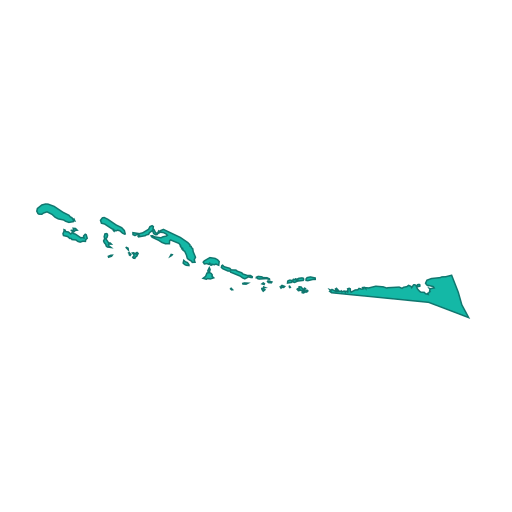 Auki-Langalanga, Solomon Islands (Equal Earth projection), rotated 113°
{"feature_id": "97153195B20176739288406", "entity_name": "Auki-Langalanga", "entity_type": "district", "adm_level": 2, "iso_a3": "SLB", "parent_name": "Solomon Islands", "parent_adm1": "", "projection": "equal_earth", "projection_center": [160.735, -8.86], "detail": "fine", "context": "isolated", "style": "filled", "palette": "teal", "viewbox_px": 512, "rotation_deg": 113, "n_neighbors": 0, "source": "geoboundaries", "source_scale": "gbopen_adm2", "svg_char_len": 6167}
<svg xmlns="http://www.w3.org/2000/svg" viewBox="0 0 512 512"><g transform="rotate(113 256 256)"><path d="M197.3,68.4L201.0,73.3L202.6,76.7L204.0,78.1L208.2,85.7L211.5,89.2L214.8,89.3L215.9,87.6L216.1,85.8L215.6,85.6L214.9,80.8L215.8,79.5L218.1,82.9L218.1,83.8L218.8,82.7L220.8,82.4L220.9,81.9L223.2,83.0L223.0,83.8L224.1,82.6L224.5,85.3L223.7,86.9L224.9,90.0L224.6,91.5L223.3,94.4L220.6,97.3L220.4,98.6L221.0,99.7L224.3,100.3L223.4,101.5L223.4,104.1L225.2,105.1L227.2,108.0L228.7,108.9L228.7,112.1L233.7,122.3L234.4,122.9L234.7,126.9L237.0,133.9L241.4,139.8L242.4,142.9L243.1,142.4L242.5,144.0L243.4,145.5L244.2,144.3L245.2,145.7L245.6,148.5L247.4,149.1L248.5,151.4L252.1,154.3L251.5,155.3L249.4,156.4L249.3,157.6L250.4,158.8L251.1,158.1L252.6,158.2L253.4,156.8L253.2,159.3L253.7,160.2L254.3,159.9L253.8,161.2L255.3,162.7L254.9,163.5L255.4,163.5L255.3,164.2L257.4,168.7L257.1,173.0L258.2,173.6L258.2,175.1L259.3,173.4L259.8,174.0L260.3,172.1L231.2,79.0L229.6,36.2L220.5,47.5L210.4,55.6L197.3,68.4ZM286.8,312.2L285.6,309.7L283.5,311.4L280.8,311.2L276.6,315.5L274.0,317.1L273.5,318.6L272.5,319.5L272.6,320.8L271.5,321.2L270.3,324.0L268.5,332.8L267.7,351.6L270.1,354.0L270.8,353.8L271.2,352.4L270.6,350.2L270.8,347.5L271.6,345.7L272.8,346.4L274.6,349.1L276.4,350.6L277.9,356.5L277.8,359.4L278.5,360.4L279.3,359.0L279.6,351.7L280.3,347.8L280.1,344.1L278.5,340.5L275.6,341.5L274.6,340.9L274.5,331.9L275.7,329.6L276.3,329.7L277.6,327.8L277.6,326.9L278.4,327.0L278.3,325.9L279.2,325.5L279.6,323.4L282.3,320.4L284.9,318.4L285.5,317.0L286.0,313.4L286.8,312.2ZM302.3,472.1L301.2,469.4L299.6,468.5L297.0,465.6L297.4,459.9L298.8,456.1L299.1,452.5L298.0,447.2L298.4,444.9L298.2,441.4L295.7,437.5L295.0,437.3L292.6,440.5L292.6,442.2L291.6,444.1L291.2,450.7L289.2,461.2L289.5,467.7L290.4,470.1L292.7,473.1L297.7,475.8L300.4,475.3L302.1,473.3L302.3,472.1ZM288.7,396.2L287.6,396.0L287.6,394.8L286.3,393.4L286.0,391.1L287.1,387.9L287.2,385.4L286.8,385.0L284.0,387.1L282.4,390.7L282.1,396.8L280.1,406.8L279.9,410.8L280.9,412.3L283.9,413.1L286.2,411.1L285.7,407.9L287.3,399.1L287.2,397.6L288.1,397.5L288.7,396.2ZM312.8,431.8L311.6,428.2L312.2,425.5L311.9,423.2L310.1,421.2L309.2,418.7L307.5,419.1L305.6,418.3L302.8,420.6L302.7,421.7L304.9,422.5L306.6,421.4L306.9,423.2L307.7,424.3L306.4,430.9L306.7,432.7L306.4,434.4L308.1,435.1L307.2,438.1L307.9,440.8L306.8,441.7L306.8,443.0L308.0,442.4L310.9,442.4L312.4,441.2L311.7,437.0L312.6,434.3L312.1,432.9L312.8,431.8ZM281.4,259.7L281.4,257.4L278.1,254.7L277.8,252.1L277.3,251.1L276.5,251.3L276.1,253.5L277.3,256.2L277.7,261.3L277.0,262.5L277.3,267.2L276.8,269.0L278.5,273.4L277.6,275.2L278.3,281.2L277.5,283.2L278.3,283.7L280.1,283.4L280.7,281.6L280.8,275.9L280.0,274.0L280.8,273.1L280.7,262.7L281.4,259.7ZM284.4,377.6L284.5,375.4L283.0,374.2L282.4,372.1L282.9,371.2L284.0,372.1L284.3,371.6L280.5,365.8L279.4,365.2L278.1,363.3L276.1,363.2L273.0,361.2L275.3,359.0L275.7,356.8L275.0,355.5L273.5,355.0L271.4,353.2L270.9,355.4L273.5,355.5L273.9,356.7L273.5,357.9L271.5,360.3L271.3,361.4L269.0,362.0L268.7,363.5L270.4,365.1L273.4,365.3L278.9,369.3L281.0,372.1L282.6,378.4L284.4,377.6ZM283.5,300.4L282.2,298.4L282.1,296.2L280.7,295.9L280.8,295.4L281.7,295.2L282.1,294.3L281.7,293.2L280.8,293.4L280.3,290.9L279.1,289.8L279.1,286.7L275.5,287.7L274.5,289.9L274.2,292.7L275.5,297.8L280.7,301.7L282.3,302.2L283.5,300.4ZM297.2,296.0L296.8,292.6L295.8,292.0L294.9,289.0L292.6,286.4L291.8,288.6L290.6,288.8L289.6,290.3L289.4,292.4L286.3,293.0L285.0,294.4L288.3,294.6L290.1,293.4L290.9,294.5L294.4,294.4L297.2,296.0ZM305.8,396.3L304.8,392.8L304.1,395.5L303.3,396.3L302.5,396.1L301.6,393.8L301.0,395.2L301.5,396.8L298.7,401.1L297.3,400.4L295.2,400.6L293.9,401.4L293.8,402.5L294.7,403.7L297.6,403.3L299.1,402.1L301.7,402.2L303.0,400.9L304.0,398.9L305.4,397.7L305.8,396.3ZM258.9,200.4L258.5,198.7L255.5,194.7L254.4,192.3L253.1,192.9L254.0,197.7L255.9,200.5L257.6,201.0L258.9,200.4ZM276.2,245.6L276.0,244.1L272.7,237.5L272.3,234.4L271.8,234.7L271.7,237.4L273.1,241.0L272.9,242.5L273.9,246.0L275.4,247.4L276.0,247.2L275.6,246.5L276.2,245.6ZM271.4,203.4L270.1,201.5L269.7,197.0L269.0,198.1L266.7,197.7L266.6,198.8L268.6,199.3L266.9,202.3L267.4,204.2L267.8,204.4L269.3,203.0L269.7,204.8L270.5,205.2L271.4,203.4ZM305.9,368.0L305.5,366.6L304.2,366.6L302.9,365.7L299.7,365.5L299.2,366.9L299.8,367.5L301.0,367.1L300.9,370.2L301.6,371.0L302.4,368.9L303.6,368.4L305.3,369.0L305.9,368.0ZM291.8,316.6L291.0,314.0L290.1,314.4L288.8,316.6L288.9,318.8L288.2,320.8L291.0,320.3L291.7,318.4L291.8,316.6ZM262.5,207.3L260.0,203.0L259.1,202.9L258.0,203.6L258.2,205.1L259.8,207.9L260.9,208.8L262.5,207.3ZM265.4,211.0L265.3,210.2L263.3,208.3L261.5,210.0L261.6,210.7L262.6,210.7L262.7,212.3L263.2,212.7L264.7,212.3L265.4,211.0ZM305.0,433.1L303.0,432.3L302.1,430.7L301.2,432.9L301.9,435.1L302.9,434.2L303.9,434.3L304.7,436.6L305.0,433.1ZM268.6,216.4L266.3,212.7L265.0,213.1L264.6,214.2L265.2,215.8L266.7,217.0L268.6,216.4ZM275.6,234.1L274.7,231.4L273.7,231.2L274.2,235.2L275.1,235.4L275.6,234.1ZM221.0,95.1L219.9,93.4L218.6,93.8L218.4,94.8L219.3,96.1L220.3,96.1L221.0,95.1ZM274.6,219.5L274.1,218.2L272.8,217.7L272.9,220.6L273.7,221.0L274.6,219.5ZM285.6,235.6L283.6,234.6L283.1,237.4L283.6,238.0L284.5,237.4L285.6,235.6ZM286.9,257.1L285.8,254.1L284.1,252.7L285.3,256.1L286.4,257.5L286.9,257.1ZM256.6,168.6L255.3,167.1L254.3,169.3L255.3,170.0L256.6,168.6ZM314.7,391.2L312.7,388.9L311.4,388.6L312.1,390.0L314.0,391.8L314.7,391.2ZM304.7,372.1L303.5,371.8L302.4,374.1L302.9,374.4L303.0,373.9L304.5,373.0L304.7,372.1ZM279.3,239.6L279.1,237.4L278.2,237.4L277.9,238.8L279.3,239.6ZM300.3,375.9L298.8,376.8L298.7,378.7L299.0,378.8L300.3,375.9ZM269.5,195.8L269.2,195.1L267.9,194.6L267.5,195.8L268.7,196.5L269.5,195.8ZM289.9,334.9L288.4,333.8L287.5,333.6L287.7,334.7L289.9,334.9ZM271.7,199.2L271.6,198.0L270.7,197.2L271.0,199.4L271.7,199.2ZM296.7,265.2L296.2,264.4L295.4,266.3L296.2,266.6L296.7,265.2ZM271.9,212.5L271.4,212.1L270.3,213.8L271.6,213.1L271.9,212.5ZM294.3,437.6L294.3,436.7L293.0,438.1L293.5,438.4L294.3,437.6ZM282.2,236.5L281.5,235.3L281.5,236.8L282.2,236.5ZM275.8,220.4L275.0,220.0L274.7,221.0L275.0,221.5L275.8,220.4Z" fill="#14b8a6" stroke="#0f766e" stroke-width="1.5"/></g></svg>